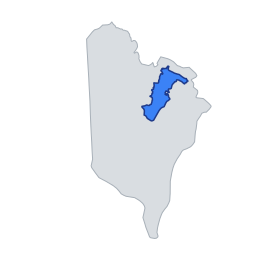 where Hamah sits in Syria, rotated 120°
{"feature_id": "SYR-138", "entity_name": "Hamah", "entity_type": "Province", "adm_level": 1, "iso_a3": "SYR", "parent_name": "Syria", "parent_adm1": "", "projection": "albers", "projection_center": [37.023, 35.303], "detail": "fine", "context": "in_parent", "style": "filled", "palette": "blue", "viewbox_px": 256, "rotation_deg": 120, "n_neighbors": 0, "source": "natural_earth", "source_scale": "10m", "svg_char_len": 6076}
<svg xmlns="http://www.w3.org/2000/svg" viewBox="0 0 256 256"><g transform="rotate(120 128 128)"><path d="M48.3,94.5L50.2,94.7L54.3,97.3L54.9,97.2L56.2,93.9L57.4,92.8L59.9,91.9L60.7,86.6L61.9,85.6L63.3,85.0L65.5,84.9L67.3,84.6L67.5,83.7L64.9,77.6L65.1,76.0L66.4,69.9L67.2,67.4L68.0,66.7L71.0,67.0L75.1,68.1L76.2,69.8L78.3,71.4L81.4,71.3L84.9,71.6L87.7,71.7L89.9,70.6L94.9,68.5L97.3,67.8L99.6,66.8L106.7,63.4L109.6,63.6L111.6,64.0L113.1,64.5L116.6,66.8L119.4,69.1L121.4,69.7L124.9,69.6L130.0,70.0L136.3,69.8L140.0,69.1L144.6,67.8L152.9,64.8L163.7,58.7L170.0,55.6L172.8,55.2L176.4,55.0L180.0,55.6L184.1,56.0L186.0,55.8L190.4,55.1L196.1,53.6L199.7,52.5L204.0,50.7L206.5,48.0L207.4,47.7L208.6,48.1L209.1,48.2L210.3,49.6L211.7,53.4L211.7,53.8L211.5,54.9L208.8,58.2L205.2,62.7L202.5,65.5L198.1,70.3L194.6,71.4L188.8,73.3L187.2,75.0L185.9,77.6L185.2,81.1L185.0,83.3L185.0,87.4L186.6,91.6L188.1,95.6L188.4,98.3L188.4,101.0L187.2,103.9L185.9,107.8L185.3,112.2L185.2,120.5L185.5,127.5L185.4,128.6L183.2,133.7L180.5,139.6L179.2,141.0L172.8,143.0L166.0,147.5L158.3,152.4L151.3,157.0L144.0,161.7L136.3,166.6L130.8,170.0L123.4,174.6L116.7,179.0L109.8,183.5L104.6,186.8L96.6,192.1L91.9,195.2L85.0,199.7L79.0,203.7L71.7,208.3L62.7,206.9L59.8,206.1L57.5,203.9L55.8,202.7L51.5,201.4L48.8,197.2L47.2,195.7L44.3,195.0L45.6,192.3L45.8,190.5L47.1,188.4L46.3,187.0L46.0,183.9L45.5,183.2L45.3,182.4L45.7,181.4L45.5,180.5L45.1,180.0L44.9,178.5L44.5,177.4L44.7,176.1L45.3,175.2L46.0,173.5L46.8,173.0L48.0,171.9L48.3,170.8L49.4,169.8L50.8,168.9L51.2,168.2L51.0,167.8L49.5,167.0L48.8,165.6L49.5,163.5L49.9,162.9L50.8,161.9L52.8,160.4L54.3,160.2L55.6,160.2L57.8,160.3L59.5,160.6L59.9,160.2L59.9,159.7L57.8,158.5L57.7,157.5L58.2,156.5L59.7,154.8L61.5,153.6L62.4,153.4L64.4,150.9L65.7,148.2L63.7,141.5L62.4,140.5L60.4,139.5L59.1,139.4L59.1,138.9L60.7,137.3L61.9,135.8L60.6,134.4L58.3,133.7L57.5,135.2L54.5,135.3L50.0,135.2L48.1,128.1L47.8,125.1L47.9,121.6L49.3,116.4L48.7,114.0L48.7,112.4L48.3,110.2L44.9,105.4L46.9,96.6L48.3,94.5Z" fill="#d9dde1" stroke="#a8b0b8" stroke-width="1"/><path d="M82.2,106.2L84.4,107.0L85.3,107.6L85.5,107.7L87.2,107.8L91.4,107.4L93.6,109.0L94.1,109.2L95.2,109.5L97.4,109.8L108.4,109.7L109.4,110.4L109.7,110.7L110.1,111.3L110.2,111.9L110.1,115.4L110.0,115.9L109.8,116.6L109.5,117.0L108.9,118.0L108.7,118.6L108.6,118.8L108.6,119.1L108.6,119.3L108.7,120.4L108.7,120.5L105.1,122.3L104.7,122.6L104.0,123.3L103.8,123.4L103.8,123.8L103.7,123.9L103.6,124.1L103.4,124.5L103.3,124.8L103.3,125.2L103.3,125.3L103.2,125.6L103.1,125.8L103.1,126.0L102.6,126.6L102.3,126.7L102.2,126.7L101.0,125.3L100.8,124.9L100.6,124.7L99.1,123.6L98.7,123.3L98.6,123.1L98.5,122.6L98.5,122.3L98.5,122.1L98.3,121.7L98.1,121.4L98.0,121.1L97.9,121.0L97.8,120.8L97.7,120.8L97.6,120.7L97.0,120.6L96.8,120.6L96.7,120.6L96.5,120.4L96.2,120.1L95.9,119.8L95.7,119.8L93.5,120.3L92.3,120.8L92.0,120.9L91.8,120.9L91.6,120.8L91.3,121.0L90.5,121.6L90.0,121.8L89.8,122.0L89.7,122.1L89.6,122.4L89.5,122.5L89.5,122.9L89.5,123.7L89.5,123.9L89.6,124.2L89.6,124.4L89.6,124.5L89.5,124.8L89.4,124.8L89.1,124.7L88.9,124.7L88.6,124.1L88.4,124.0L88.0,124.0L87.8,124.0L87.6,124.0L87.3,124.0L87.1,124.0L86.9,124.1L86.7,124.3L86.4,124.4L86.1,124.4L85.9,124.3L85.7,124.1L85.4,124.2L85.3,124.4L85.2,124.5L84.7,124.6L84.4,124.6L84.2,124.7L84.1,124.9L84.0,125.2L83.8,125.5L83.7,125.5L83.6,126.0L83.4,126.4L83.2,126.5L82.7,126.4L82.4,126.3L82.3,126.2L82.2,126.0L82.1,125.7L81.8,125.4L81.7,125.4L81.3,125.4L80.7,125.8L80.6,126.0L80.4,126.3L80.1,126.2L79.9,126.1L79.7,126.0L79.6,125.9L79.4,125.9L79.3,126.0L79.2,126.0L78.9,126.4L78.7,126.5L78.3,126.5L78.0,126.6L77.9,126.7L76.6,127.8L76.4,127.8L75.9,128.0L75.3,126.6L74.4,124.9L73.9,124.4L73.6,124.3L73.3,124.3L73.2,124.3L72.6,124.7L72.4,124.7L72.1,124.7L72.0,124.8L71.8,124.8L71.5,125.1L71.4,125.2L70.6,125.2L70.4,125.2L70.2,125.2L70.0,125.3L69.9,125.3L69.8,125.2L69.6,125.3L67.5,126.4L66.2,126.3L65.7,126.5L65.4,126.6L65.2,126.7L64.9,126.7L64.7,126.5L64.5,126.4L64.5,126.2L64.4,126.0L64.1,126.0L64.0,125.9L64.0,125.7L64.2,125.4L64.2,125.2L63.9,125.0L63.5,125.1L63.4,125.2L63.2,125.4L63.0,125.8L62.4,126.5L62.4,126.9L62.3,127.0L62.2,127.3L62.1,127.5L62.1,127.8L61.8,128.1L61.6,128.3L60.8,128.1L60.6,127.8L60.5,127.7L60.4,127.7L60.2,127.7L60.0,127.8L59.7,128.2L59.6,128.3L59.4,128.2L59.0,127.8L58.9,127.6L58.7,127.5L58.7,127.4L58.9,127.2L59.0,127.1L58.8,126.7L58.7,126.5L58.6,126.3L57.9,125.8L57.8,125.7L57.7,125.5L57.6,125.0L57.4,124.6L57.1,124.5L56.1,124.6L55.6,124.6L54.4,124.3L54.3,123.5L54.5,123.3L54.8,123.3L55.0,123.3L55.3,123.3L55.5,123.1L55.9,123.0L56.0,123.0L56.2,122.9L56.3,122.8L56.7,122.8L56.8,122.7L57.0,122.5L57.2,122.3L57.3,122.2L57.6,121.3L57.6,120.8L57.3,117.1L57.3,116.5L57.3,115.3L56.6,112.1L56.2,110.8L56.1,110.2L56.6,106.6L56.7,104.5L56.6,103.5L56.6,103.2L56.4,102.8L56.1,102.4L56.1,102.1L56.4,101.7L56.8,101.4L56.9,101.1L57.0,100.3L57.1,100.0L57.5,99.7L57.6,99.9L57.7,100.0L57.9,100.1L58.1,100.2L58.3,100.2L58.6,100.2L58.9,100.1L59.1,100.0L59.3,100.0L59.5,100.1L59.7,100.3L59.8,100.5L59.9,100.8L60.2,101.0L61.3,101.0L61.5,101.1L61.6,101.5L61.4,102.9L61.0,104.6L61.0,105.2L61.2,107.3L61.1,107.5L61.0,107.8L61.5,109.0L61.7,109.6L61.8,109.8L62.4,109.9L63.3,109.5L63.6,109.6L64.0,109.8L64.3,110.1L64.3,110.3L64.4,110.5L64.5,110.6L64.8,110.7L65.1,110.7L65.6,110.7L65.8,110.8L67.5,111.2L68.9,111.3L72.0,110.4L72.3,110.5L73.2,111.2L73.3,111.4L73.3,111.5L73.5,111.8L73.8,112.0L74.0,112.2L74.0,112.3L74.3,112.3L74.6,112.2L74.9,112.2L75.1,112.1L75.5,111.4L76.1,110.8L76.2,110.7L76.4,110.3L76.5,110.2L76.8,110.3L76.9,110.5L77.0,110.8L77.0,111.0L77.0,111.3L76.9,111.4L76.7,111.9L76.7,112.0L76.7,112.3L76.8,112.7L76.8,112.8L76.8,113.2L76.8,113.3L76.9,113.5L77.0,113.6L77.5,113.6L78.1,113.5L78.6,113.6L78.9,113.5L79.0,113.4L79.3,113.0L79.4,112.8L79.6,112.7L79.8,112.6L80.1,112.7L80.3,112.6L80.3,111.3L80.2,111.1L80.2,110.9L80.0,110.7L79.9,110.7L79.7,110.8L79.6,111.0L79.4,111.3L79.2,111.5L78.9,111.5L78.7,111.4L78.6,111.2L78.7,110.7L79.1,109.7L79.3,109.4L79.8,109.1L80.3,108.8L80.5,108.7L81.3,107.4L81.5,106.7L82.2,106.2Z" fill="#3b82f6" stroke="#1e3a8a" stroke-width="1.5"/></g></svg>